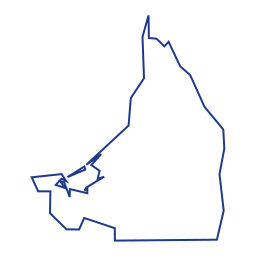 the border of Campeche
{"feature_id": "MEX-2722", "entity_name": "Campeche", "entity_type": "State", "adm_level": 1, "iso_a3": "MEX", "parent_name": "Mexico", "parent_adm1": "", "projection": "equal_earth", "projection_center": [-91.225, 19.313], "detail": "coarse", "context": "isolated", "style": "outline", "palette": "blue", "viewbox_px": 256, "rotation_deg": 0, "n_neighbors": 0, "source": "natural_earth", "source_scale": "10m", "svg_char_len": 690}
<svg xmlns="http://www.w3.org/2000/svg" viewBox="0 0 256 256"><path d="M223.7,210.6L216.9,239.7L114.9,240.6L114.8,228.2L84.2,218.0L79.1,229.5L66.5,229.3L50.0,213.2L50.4,191.3L38.2,191.3L31.7,177.3L61.6,174.1L66.2,181.1L61.5,178.7L55.8,184.9L64.9,188.0L60.4,181.4L64.2,182.4L69.7,197.0L69.9,189.1L87.3,193.2L87.4,188.5L84.4,190.6L86.3,187.5L104.2,176.7L97.7,178.8L99.6,170.8L91.3,165.0L101.2,154.2L86.3,164.8L128.6,125.5L130.8,98.1L144.0,78.2L142.5,36.9L148.5,15.4L148.9,38.0L156.5,38.7L164.4,46.3L168.6,41.8L180.2,66.3L190.2,75.1L204.5,106.8L223.3,129.5L224.3,148.6L219.5,174.2L223.7,210.6ZM67.5,177.1L84.4,166.5L85.2,169.6L67.5,177.1Z" fill="none" stroke="#1e3a8a" stroke-width="2"/></svg>